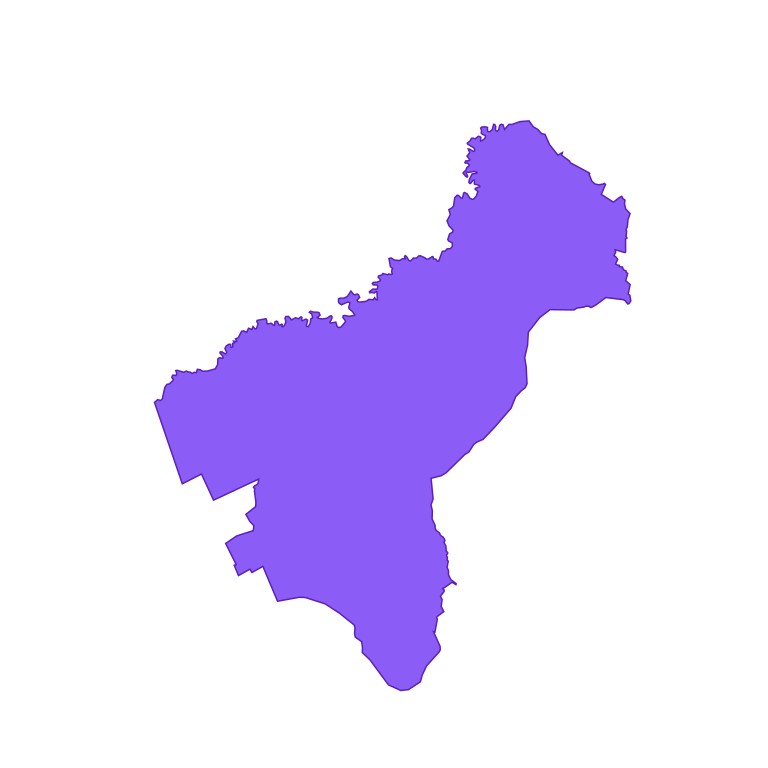 the district of Carand, Arad, Romania, rotated 105°
{"feature_id": "2599482B38117953708036", "entity_name": "Carand", "entity_type": "district", "adm_level": 2, "iso_a3": "ROU", "parent_name": "Romania", "parent_adm1": "Arad", "projection": "albers", "projection_center": [22.035, 46.447], "detail": "fine", "context": "isolated", "style": "filled", "palette": "violet", "viewbox_px": 768, "rotation_deg": 105, "n_neighbors": 0, "source": "geoboundaries", "source_scale": "gbopen_adm2", "svg_char_len": 6155}
<svg xmlns="http://www.w3.org/2000/svg" viewBox="0 0 768 768"><g transform="rotate(105 384 384)"><path d="M461.2,600.9L532.6,553.0L518.2,537.0L540.3,518.6L508.3,480.5L512.7,479.9L514.8,481.3L515.6,482.6L517.6,483.3L518.5,481.8L520.8,481.5L531.4,477.1L535.7,476.3L545.7,483.7L551.5,478.0L554.5,473.1L559.4,472.3L568.9,487.0L579.0,495.7L596.7,480.0L597.8,481.8L606.7,475.0L597.6,465.6L600.3,462.8L591.5,453.8L621.4,430.6L611.9,410.6L610.6,404.6L611.6,383.9L616.9,367.8L624.5,350.4L627.2,348.9L632.5,347.9L636.0,346.2L638.6,339.0L644.3,336.5L649.0,335.5L654.0,326.3L673.5,301.8L675.7,288.4L672.9,281.3L662.3,271.8L654.9,271.7L645.2,269.9L628.1,261.2L626.1,260.9L622.8,262.0L610.4,272.1L610.4,270.6L597.6,271.6L596.0,272.7L594.9,272.5L588.4,267.3L584.0,271.2L577.1,272.1L574.5,274.5L568.9,272.3L567.5,272.5L566.6,274.3L557.9,266.9L559.2,262.6L558.1,262.7L555.6,268.9L551.7,272.3L547.6,273.4L544.8,275.6L538.5,276.1L537.7,277.5L535.3,277.8L533.3,279.3L530.7,278.6L529.0,280.7L524.5,282.3L521.1,285.3L519.6,284.6L518.3,285.3L516.3,287.8L516.1,289.2L515.0,290.8L513.5,291.8L512.0,295.6L509.9,297.4L507.4,298.0L501.9,302.6L493.9,304.5L488.6,307.3L482.4,306.8L462.9,314.1L457.8,305.0L453.8,301.1L431.2,287.7L427.7,284.4L419.0,281.6L416.1,279.3L411.7,273.9L396.8,265.8L374.5,255.0L362.1,253.5L354.8,249.5L350.9,246.6L346.8,245.9L330.6,251.1L322.1,254.9L309.3,255.4L296.5,258.0L279.7,250.9L269.2,242.9L263.3,219.7L260.6,217.1L258.1,211.0L256.7,209.3L255.8,206.0L256.6,204.5L256.4,203.5L252.8,199.8L243.1,192.1L240.6,174.8L241.0,172.9L243.6,169.3L242.9,168.1L239.8,167.1L234.6,169.5L234.0,171.4L224.2,172.0L221.6,177.3L214.1,177.2L213.6,178.8L212.1,179.5L211.7,182.3L209.3,183.9L209.7,186.8L208.4,187.5L208.8,189.2L208.2,191.4L203.2,190.5L201.3,192.8L200.4,195.1L196.9,194.3L194.5,195.4L194.7,185.2L193.9,184.8L181.4,188.2L180.0,187.1L179.0,188.3L173.5,189.2L172.4,190.3L169.3,189.6L162.1,190.9L155.7,190.4L152.4,195.8L147.6,198.4L144.0,198.8L143.1,201.2L141.2,202.9L143.3,205.3L149.0,209.4L144.6,223.2L133.9,221.7L133.2,223.2L134.3,224.3L136.0,228.1L136.2,232.0L134.3,235.7L128.3,240.2L127.4,239.8L126.8,241.1L122.1,261.2L120.6,262.5L117.1,271.6L114.3,271.6L117.9,275.3L110.0,286.0L101.2,293.1L101.4,296.6L98.4,301.1L96.9,306.4L92.3,312.0L95.3,320.5L100.1,327.5L100.9,330.5L106.9,333.5L102.8,336.1L102.7,337.8L104.1,339.2L108.7,339.0L110.5,339.9L110.4,341.1L109.6,342.2L106.3,342.7L104.6,344.3L104.8,345.3L110.3,345.3L112.9,347.0L113.1,348.9L112.7,349.6L109.3,350.4L109.5,353.3L110.5,356.1L111.8,356.9L114.0,355.3L116.4,355.1L117.2,353.9L117.9,350.4L119.0,349.9L121.2,350.5L124.0,352.6L124.3,353.6L120.7,354.3L120.2,355.3L120.3,357.0L123.6,359.4L123.5,361.8L124.0,363.1L126.7,363.7L129.9,365.9L130.7,365.2L132.5,358.8L133.3,357.5L135.2,356.8L136.2,357.8L135.0,362.2L135.2,363.5L138.4,361.1L142.4,362.8L145.3,359.0L146.3,359.9L147.4,362.8L149.1,363.2L149.6,362.6L149.1,361.2L149.3,359.9L150.4,358.3L151.5,358.4L153.4,360.0L156.0,360.2L159.7,362.3L162.3,358.9L162.7,357.3L161.5,356.9L159.5,358.9L158.0,359.0L157.6,356.7L155.4,352.3L155.2,349.3L156.5,349.0L158.2,353.2L164.4,354.5L167.2,354.2L168.0,353.3L167.9,352.3L164.4,350.9L163.8,349.5L167.5,348.4L167.5,343.6L168.6,342.5L171.3,346.4L172.4,346.3L173.7,343.1L178.5,343.5L182.3,345.3L182.8,346.6L182.3,349.2L178.9,352.8L178.1,355.6L178.8,356.4L184.1,356.4L184.4,358.0L182.7,360.5L182.7,362.2L185.6,363.9L194.1,362.9L195.9,363.6L198.8,366.5L203.1,363.8L210.1,365.4L214.5,362.0L217.6,357.0L219.6,357.1L222.0,359.5L227.9,359.8L229.1,358.7L230.0,354.7L233.3,353.6L236.0,354.8L237.1,358.0L239.8,359.4L240.7,362.0L251.3,363.0L251.6,364.3L250.0,366.0L250.3,368.7L248.6,369.3L248.4,370.3L251.4,373.1L252.5,375.0L251.5,377.2L250.7,382.1L251.3,383.6L254.1,385.3L254.7,388.2L258.4,390.3L258.2,392.0L255.1,395.2L254.5,396.7L255.5,397.2L257.4,395.8L258.2,398.5L260.7,400.9L261.6,406.1L260.4,409.6L261.5,411.7L269.1,408.1L270.2,405.6L272.7,406.0L275.8,404.5L276.5,405.7L276.4,407.8L277.5,408.7L277.6,413.8L279.2,414.3L281.1,417.3L282.3,417.3L284.2,414.6L285.2,414.3L287.3,416.8L288.7,420.7L290.0,421.3L291.1,420.1L290.2,416.3L291.2,415.3L293.4,415.1L294.3,415.6L295.2,419.3L298.7,422.0L299.6,421.3L298.7,419.2L298.7,417.0L296.6,415.5L296.6,414.8L304.5,412.2L304.6,413.5L303.0,415.4L305.4,416.2L306.2,420.6L308.0,421.8L309.1,423.5L311.2,428.6L311.3,430.6L309.9,431.8L306.8,429.9L304.5,431.7L304.0,433.2L305.3,435.1L305.4,436.4L302.8,440.0L308.8,442.0L311.4,444.8L312.4,448.6L313.6,450.0L316.5,449.2L317.6,448.2L318.5,445.6L314.4,440.5L314.1,439.4L314.5,437.8L318.8,438.0L320.4,437.2L322.1,433.4L324.8,430.1L325.6,430.8L327.6,435.1L327.9,439.4L328.6,441.1L330.5,440.9L332.7,437.9L334.0,437.4L340.2,440.3L341.1,442.4L340.8,443.9L336.7,446.6L338.9,451.2L338.7,452.2L334.1,451.3L332.5,451.6L331.8,452.5L332.0,453.4L335.3,456.2L337.1,460.4L337.5,463.6L337.2,465.6L334.0,463.6L332.0,465.1L331.8,466.6L332.8,470.6L332.7,473.8L334.1,474.7L335.1,472.0L338.5,469.9L339.8,471.5L344.8,471.0L348.2,472.0L348.4,473.3L347.7,474.1L342.1,474.2L341.5,476.2L344.1,479.4L343.6,480.1L340.9,480.5L340.6,481.6L343.0,483.4L343.0,486.8L346.0,489.8L343.4,493.9L344.4,496.4L346.2,496.6L349.5,494.8L353.6,495.5L355.0,496.6L354.9,497.4L352.8,497.7L352.8,498.5L354.1,499.6L354.2,500.7L351.3,503.0L351.1,504.2L352.4,505.5L355.1,504.8L356.0,505.3L354.5,508.7L356.0,511.8L355.9,512.8L353.0,513.7L351.5,515.0L355.4,523.0L356.4,523.1L358.6,521.2L363.5,521.6L364.2,522.8L362.4,525.4L365.5,525.8L365.2,529.3L369.7,530.1L369.0,533.2L369.9,535.2L377.1,536.8L378.8,539.1L380.4,537.3L381.1,537.4L381.5,540.4L382.8,539.1L383.9,540.8L387.3,539.6L388.1,540.6L388.0,541.5L385.8,542.2L385.4,543.1L386.1,544.6L388.5,546.4L391.0,546.8L393.9,544.3L395.4,544.3L396.0,545.1L394.9,548.8L395.3,550.4L396.5,550.5L398.8,547.0L400.6,546.2L401.0,546.7L401.2,549.9L403.0,551.0L408.3,549.7L413.0,550.9L417.1,557.7L418.6,562.5L417.8,565.4L418.1,568.1L421.6,568.2L421.8,570.3L423.4,572.0L422.7,574.4L423.1,576.5L422.6,578.2L424.5,580.5L424.3,587.3L424.9,588.6L427.5,586.9L429.5,587.0L430.1,590.3L431.3,590.6L432.7,590.6L434.1,588.6L435.6,588.9L439.7,591.6L440.5,593.6L443.7,594.8L456.0,594.3L457.8,595.6L457.6,598.5L461.2,600.9Z" fill="#8b5cf6" stroke="#5b21b6" stroke-width="1.5"/></g></svg>